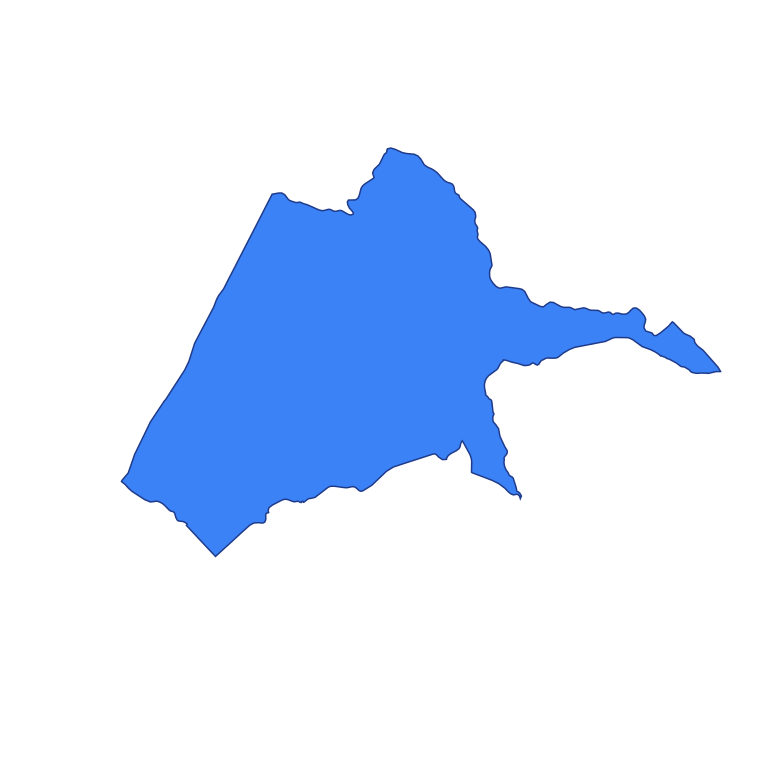 Tete, Robinson projection, rotated 318°
{"feature_id": "MOZ-1190", "entity_name": "Tete", "entity_type": "Province", "adm_level": 1, "iso_a3": "MOZ", "parent_name": "Mozambique", "parent_adm1": "", "projection": "robinson", "projection_center": [33.352, -15.869], "detail": "fine", "context": "isolated", "style": "filled", "palette": "blue", "viewbox_px": 768, "rotation_deg": 318, "n_neighbors": 0, "source": "natural_earth", "source_scale": "10m", "svg_char_len": 6015}
<svg xmlns="http://www.w3.org/2000/svg" viewBox="0 0 768 768"><g transform="rotate(318 384 384)"><path d="M143.4,399.4L143.2,391.3L142.9,377.4L142.7,366.3L142.5,356.9L144.0,356.3L144.2,356.0L143.0,352.5L142.5,351.6L139.6,348.2L139.3,346.6L140.0,344.0L141.9,340.0L142.1,338.8L141.8,337.7L140.3,335.4L140.0,334.1L139.7,326.5L139.2,324.1L138.5,322.0L137.4,319.9L136.1,318.4L134.7,317.7L131.4,315.3L128.8,309.8L124.9,295.3L124.4,290.2L124.4,285.0L123.7,281.5L123.7,280.8L123.7,280.7L125.4,280.2L134.3,279.0L141.8,274.9L151.3,269.6L162.1,265.2L170.8,261.7L184.9,255.9L195.0,253.3L209.4,249.6L211.2,249.5L221.7,246.6L234.8,243.1L245.4,240.2L254.2,236.6L263.6,231.1L270.6,227.0L285.2,221.6L298.6,216.7L308.8,212.9L316.5,209.0L320.4,207.6L328.5,206.0L338.0,202.3L348.7,198.3L364.1,192.4L381.2,185.9L398.8,179.2L411.6,174.3L420.5,170.9L427.9,168.1L433.5,171.6L435.8,173.6L436.9,176.9L436.4,182.7L436.8,184.8L439.4,189.4L440.2,190.5L441.7,191.6L442.6,192.0L443.3,192.7L443.6,193.3L445.0,196.4L446.8,199.2L452.0,210.8L453.8,213.6L455.1,214.7L459.4,216.9L460.8,218.2L461.4,219.6L462.0,221.1L462.8,222.6L464.0,223.6L466.7,225.0L467.9,226.0L468.8,227.5L470.2,231.9L470.8,233.8L471.7,235.3L472.9,236.5L474.7,237.1L475.7,236.4L476.0,234.3L476.0,230.3L476.9,226.9L478.4,224.3L480.6,223.5L486.1,228.2L488.9,228.5L491.8,227.3L497.8,223.3L500.6,222.5L503.5,222.5L514.2,224.1L515.0,223.5L516.2,220.6L517.0,219.4L520.2,217.9L527.7,217.6L537.7,213.6L538.5,213.5L540.1,213.7L540.9,213.5L541.7,213.0L542.5,212.3L543.2,211.8L544.1,211.6L547.0,213.3L547.8,214.6L549.2,216.8L552.5,224.4L554.9,227.7L560.2,233.5L561.8,237.2L561.9,241.1L560.6,248.0L561.5,252.0L563.2,255.7L564.3,259.2L564.9,262.8L564.9,271.4L565.1,273.4L565.7,275.7L566.7,277.6L567.8,279.3L568.5,281.1L568.3,283.0L567.6,284.8L565.5,288.0L564.9,289.6L565.1,291.2L565.7,292.7L566.0,294.0L565.1,295.3L564.8,297.3L565.9,306.2L566.9,314.4L566.5,317.5L564.6,320.5L563.3,321.7L561.9,322.4L560.7,323.4L559.5,325.1L559.0,326.5L558.5,329.5L557.9,330.9L555.8,332.3L553.8,335.9L552.0,337.0L550.7,338.9L550.7,342.8L551.6,349.8L551.3,354.5L550.1,358.2L543.8,367.9L543.7,368.0L542.6,368.7L540.5,369.4L538.8,370.3L537.0,371.8L534.1,375.3L533.0,378.2L532.5,382.3L532.6,386.5L533.7,389.7L535.0,390.9L538.4,392.7L539.9,393.7L548.3,403.6L550.0,406.2L550.5,409.5L548.5,417.0L548.0,421.0L552.2,431.2L554.2,433.4L557.7,433.5L562.2,434.3L564.5,436.9L567.3,444.9L568.4,446.7L569.7,448.1L572.9,450.9L573.6,451.7L574.1,452.8L575.4,456.2L576.0,456.8L576.8,457.1L583.2,460.9L584.5,462.5L586.3,466.4L587.4,467.9L592.1,472.3L592.9,473.9L593.6,476.5L594.6,478.2L596.2,479.3L597.9,480.1L598.9,480.8L599.6,481.4L600.0,482.4L600.3,484.6L600.8,485.5L601.5,485.9L603.0,486.2L603.7,486.5L605.1,487.6L606.0,488.7L607.8,491.5L610.8,494.1L613.7,494.6L616.7,494.3L620.1,494.4L622.3,496.3L623.3,499.9L623.3,504.1L623.0,507.8L621.8,511.0L619.6,512.8L617.0,514.2L614.8,516.2L614.0,519.8L617.3,525.4L617.0,528.4L618.5,530.1L623.8,531.0L634.1,531.4L639.8,530.7L640.3,532.5L640.7,546.0L641.2,548.2L643.6,553.4L644.3,557.6L644.3,558.5L643.0,560.7L642.7,561.5L642.6,562.4L642.5,565.3L642.5,565.8L643.7,572.4L643.5,594.9L642.5,599.9L641.4,599.1L639.1,597.0L632.6,593.4L631.3,592.4L630.5,591.1L629.6,590.6L627.0,588.0L623.8,585.6L622.2,583.7L620.8,581.7L620.4,580.7L620.2,579.9L620.3,577.7L620.1,577.1L618.8,572.9L618.3,572.0L616.7,570.1L616.3,569.2L615.4,564.2L612.5,556.2L611.4,554.6L611.2,554.0L610.9,552.4L609.2,549.4L608.8,548.3L608.3,548.2L608.1,545.9L606.9,541.4L605.0,536.6L600.9,529.0L598.5,517.4L597.0,513.9L596.2,512.7L587.0,504.2L584.7,502.9L577.0,500.5L569.4,495.9L550.3,484.4L544.8,482.4L538.0,481.0L531.2,480.6L529.4,479.9L527.8,478.7L522.7,473.9L521.9,473.4L520.8,473.0L518.6,472.5L517.5,472.1L515.9,471.9L512.3,472.9L510.6,472.5L509.9,471.2L509.5,469.6L509.0,468.2L507.8,467.6L506.0,467.5L504.8,467.1L502.3,465.6L500.3,463.8L497.2,458.3L493.8,453.6L490.9,448.5L489.0,446.1L488.8,446.5L485.0,446.5L483.7,446.8L479.1,448.6L477.5,448.8L467.3,447.8L463.9,448.3L461.1,449.5L458.6,451.3L456.5,453.6L453.1,459.2L452.3,459.9L452.5,462.6L452.5,463.4L452.2,465.1L452.3,465.8L452.8,466.8L452.9,467.3L452.8,468.2L452.3,469.3L446.5,477.4L446.1,478.1L446.0,479.0L445.7,479.7L445.1,480.2L443.9,480.7L443.5,480.9L442.2,481.9L440.5,484.1L440.1,484.7L439.9,485.5L439.8,486.8L439.9,488.5L439.9,489.1L439.5,491.0L439.4,491.7L439.5,492.3L439.3,493.2L438.9,494.4L435.5,499.9L435.1,500.6L431.8,511.4L431.3,514.1L431.1,515.4L430.9,515.9L430.5,516.6L429.6,517.4L429.0,517.9L428.3,518.2L424.8,518.8L424.2,519.0L423.7,519.3L423.4,519.7L422.7,520.7L422.4,521.1L421.5,521.7L420.5,522.8L419.7,523.9L418.4,526.1L417.2,529.7L417.0,532.2L416.8,533.2L416.4,534.3L416.1,535.2L416.2,536.5L417.1,539.2L417.0,539.9L416.8,540.9L413.0,549.2L412.2,550.6L411.2,552.0L411.1,552.6L411.4,553.6L411.7,554.3L411.8,555.2L411.9,555.9L411.2,559.2L408.6,560.4L409.0,559.6L409.7,557.7L409.6,555.9L408.9,554.8L406.6,553.4L405.7,552.6L404.7,550.3L404.3,547.8L404.2,546.6L404.1,542.3L402.7,535.1L400.1,528.4L395.9,520.1L390.1,508.9L390.0,508.1L397.3,500.3L398.9,498.0L400.6,494.2L403.5,481.9L404.2,478.6L402.9,478.8L401.2,479.6L398.2,481.7L396.5,482.2L393.3,482.0L387.1,480.4L383.9,480.2L382.4,480.5L380.9,481.1L380.1,481.8L379.5,481.5L376.8,479.2L375.7,474.6L375.7,471.9L375.2,470.3L374.0,469.1L361.9,463.7L345.8,456.5L335.3,451.9L327.3,450.5L307.2,451.1L296.7,449.2L295.1,448.3L294.2,446.6L293.7,442.1L292.8,440.1L291.5,438.9L287.3,436.5L285.3,434.6L279.1,427.2L276.3,424.6L273.8,423.4L256.9,422.1L253.0,420.0L251.4,418.8L249.4,418.5L247.2,418.4L245.2,418.2L245.0,417.8L245.2,417.3L245.2,416.7L244.7,416.4L244.3,416.5L243.5,416.7L243.1,416.6L242.5,415.8L242.2,414.7L241.7,413.7L240.7,412.9L238.7,411.7L237.5,410.1L235.5,406.1L234.1,404.1L232.4,402.8L230.5,402.0L220.2,399.3L215.7,398.9L213.1,400.7L212.3,402.3L211.5,402.2L210.7,401.6L209.9,401.3L208.4,402.2L206.5,404.5L205.3,405.7L203.1,406.8L201.4,406.5L199.8,405.2L198.2,403.3L194.1,400.1L189.6,399.1L178.6,399.1L162.1,399.3L154.8,399.3L143.4,399.4Z" fill="#3b82f6" stroke="#1e3a8a" stroke-width="1.5"/></g></svg>